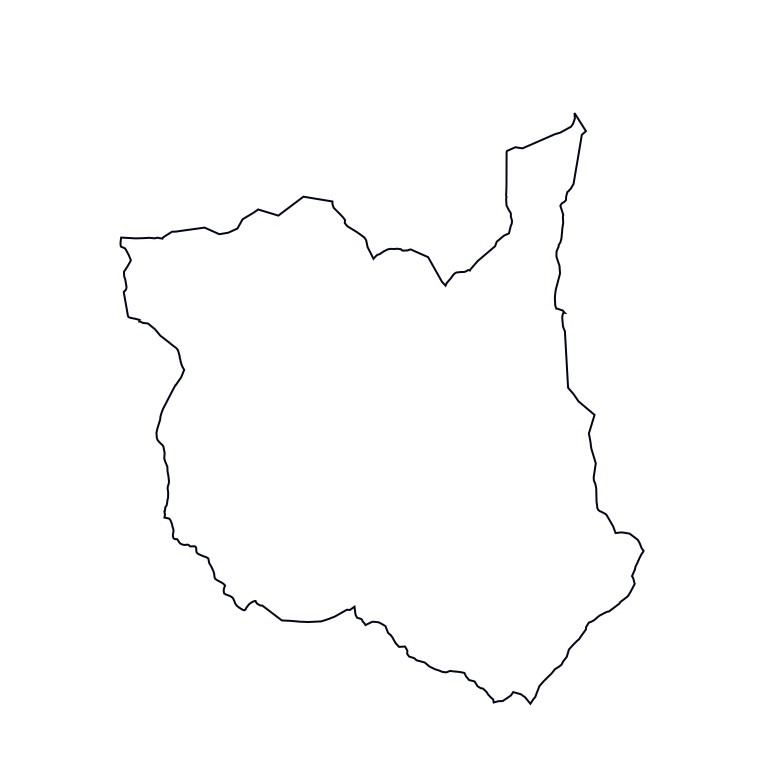 the district of Vatra Dornei, Suceava, Romania, rotated 99°
{"feature_id": "2599482B21734903931451", "entity_name": "Vatra Dornei", "entity_type": "district", "adm_level": 2, "iso_a3": "ROU", "parent_name": "Romania", "parent_adm1": "Suceava", "projection": "equal_earth", "projection_center": [25.347, 47.363], "detail": "fine", "context": "isolated", "style": "outline", "palette": "ink", "viewbox_px": 768, "rotation_deg": 99, "n_neighbors": 0, "source": "geoboundaries", "source_scale": "gbopen_adm2", "svg_char_len": 6138}
<svg xmlns="http://www.w3.org/2000/svg" viewBox="0 0 768 768"><g transform="rotate(99 384 384)"><path d="M556.3,571.2L558.4,570.4L559.0,570.0L560.8,569.2L562.0,568.9L564.4,568.9L566.1,568.9L567.2,568.7L568.5,568.2L569.3,567.7L569.8,566.7L569.9,565.9L569.7,565.3L569.7,564.0L570.2,563.4L572.7,561.2L573.5,560.0L574.1,558.1L574.2,556.2L574.0,554.9L573.5,553.4L573.4,552.6L573.7,551.5L574.5,550.4L574.7,549.8L574.5,548.8L574.1,546.7L574.0,545.8L574.0,545.0L574.4,544.5L575.7,543.7L577.3,543.5L578.3,543.2L579.4,542.8L580.3,542.0L580.9,540.9L581.5,538.8L582.3,535.7L582.9,532.5L583.4,531.0L583.8,530.3L585.1,529.7L587.7,528.9L589.4,527.7L591.4,526.0L593.0,524.9L595.8,523.1L597.9,522.1L600.4,521.4L601.9,520.9L602.7,520.3L603.7,518.6L604.5,516.3L606.0,512.1L607.2,510.3L607.9,509.4L610.0,509.9L611.9,510.1L613.6,509.9L615.8,509.2L616.6,507.4L617.2,504.2L618.1,501.3L619.2,499.6L621.6,498.0L624.2,496.5L626.3,494.4L627.9,491.2L629.3,487.7L629.3,486.6L628.5,485.6L626.2,484.8L622.6,482.8L620.7,480.9L619.6,479.6L618.6,477.8L618.4,476.9L619.5,476.3L620.8,475.0L622.1,471.6L621.9,469.5L633.5,447.9L632.5,438.6L631.9,429.6L630.9,421.4L628.3,408.9L624.8,402.0L621.4,396.2L612.8,385.4L612.5,382.3L608.6,378.3L616.1,376.1L617.5,375.2L619.1,374.0L619.6,369.9L620.3,368.8L621.8,368.0L623.4,365.9L625.0,364.6L620.7,358.4L620.4,356.6L620.2,352.1L621.2,349.0L622.9,344.7L629.1,341.1L631.2,337.8L633.3,335.7L634.5,334.9L638.1,332.0L641.3,328.0L640.0,322.2L643.7,319.2L646.9,318.9L649.3,316.5L650.0,311.4L651.8,308.6L652.7,300.2L655.9,295.0L657.8,288.8L658.4,284.6L659.2,281.5L659.1,277.4L657.1,274.0L656.9,269.1L656.7,266.6L656.6,263.1L656.8,259.4L660.1,257.1L663.1,253.6L663.6,248.0L667.9,244.3L669.3,240.9L669.3,238.7L671.0,236.1L672.7,234.0L674.5,232.5L677.1,229.1L678.4,226.9L681.4,225.8L679.4,221.4L678.6,217.2L671.8,209.9L668.1,208.2L669.0,200.4L671.3,195.7L676.9,189.4L671.9,187.1L669.4,185.6L664.8,184.7L658.0,183.2L653.2,180.2L648.5,176.8L643.6,173.1L639.0,170.6L635.7,166.8L633.5,164.8L629.9,163.6L624.9,160.8L617.3,159.8L615.4,158.6L611.3,155.9L607.9,153.4L605.5,151.4L602.6,150.1L595.9,146.7L594.9,146.2L592.7,146.4L589.1,145.0L587.6,144.3L586.3,142.0L584.6,139.7L579.2,135.1L574.2,128.3L573.4,126.1L564.0,117.1L562.4,116.5L555.6,110.0L551.4,108.2L542.2,105.1L536.4,107.7L535.0,109.0L528.2,107.2L525.0,107.0L521.0,105.7L518.9,105.3L517.6,104.7L516.9,104.7L512.2,103.2L509.5,101.9L508.2,101.5L505.8,103.9L501.5,106.4L498.3,108.8L493.4,117.9L493.3,122.6L493.4,126.1L494.4,129.9L495.0,132.0L488.9,135.3L478.3,143.9L477.3,146.1L476.1,149.7L476.0,150.5L475.1,152.4L473.5,153.7L472.2,154.2L470.8,154.5L469.4,154.9L467.7,155.5L464.6,156.1L454.1,158.0L449.7,159.6L446.5,161.6L443.4,162.3L429.3,162.4L415.6,169.0L412.6,170.0L409.9,170.7L403.8,172.8L400.9,173.9L381.6,171.2L370.7,189.2L364.8,194.7L358.9,201.6L303.5,213.6L301.0,215.2L299.2,216.2L295.6,217.1L293.7,217.6L290.2,218.4L287.6,218.4L285.4,217.9L285.4,216.7L285.1,217.1L283.5,218.8L282.4,225.2L282.6,225.6L279.8,227.1L272.3,228.7L268.2,229.0L264.2,229.1L247.3,227.4L239.7,229.2L233.1,232.7L230.9,233.7L226.0,234.3L220.8,233.0L219.5,233.2L216.3,231.9L212.4,231.5L202.0,232.2L199.7,232.2L196.8,232.2L190.8,233.5L188.9,233.4L180.4,237.7L177.8,236.7L175.9,234.4L174.1,233.1L173.3,233.1L170.5,233.4L167.2,233.1L165.6,232.9L164.6,231.8L163.4,231.2L162.0,230.1L156.7,228.1L131.8,227.8L107.0,227.6L102.6,224.1L100.5,226.0L86.6,238.2L92.0,237.0L97.4,238.0L100.6,239.5L108.2,249.3L110.6,254.4L129.6,284.1L129.6,291.3L134.7,299.1L136.4,299.1L169.3,294.0L179.2,292.8L179.6,292.4L180.6,292.2L181.4,292.4L184.2,291.9L188.5,290.9L192.2,288.3L195.3,285.6L196.6,285.2L198.9,284.9L201.6,283.6L203.1,283.0L204.5,283.0L205.6,282.9L208.6,283.6L215.7,284.1L218.7,288.7L225.8,294.9L230.5,295.8L247.9,310.7L257.4,316.6L258.5,316.9L258.3,318.7L259.5,320.2L260.2,321.1L260.9,322.6L261.1,324.2L261.5,326.1L262.2,328.6L262.6,330.0L263.8,331.5L265.0,332.4L269.4,334.7L274.4,337.8L277.2,338.6L274.0,342.7L251.8,360.3L246.9,378.7L247.6,380.4L248.4,381.5L248.6,383.1L249.2,385.3L249.3,386.9L248.2,388.5L248.3,390.0L248.3,391.7L248.6,393.3L248.8,394.0L249.1,395.0L249.4,398.1L250.3,401.1L253.0,405.0L253.7,405.6L255.2,407.4L256.2,408.2L256.9,409.5L257.4,410.7L259.1,412.1L259.7,412.5L260.9,413.3L262.0,414.0L257.7,417.0L251.4,421.6L244.8,424.1L242.3,426.4L238.4,434.1L233.9,444.9L231.2,447.9L228.1,448.2L227.3,449.0L226.0,450.3L224.3,452.4L217.8,461.3L214.5,463.0L211.8,463.5L211.6,492.9L234.2,514.7L231.3,535.6L235.1,539.5L243.4,549.4L253.4,553.1L254.3,554.5L259.0,561.6L261.8,570.1L257.6,585.7L265.4,611.4L266.0,613.1L266.7,617.1L272.1,623.3L273.7,625.0L275.1,625.6L275.0,627.3L275.1,627.8L274.9,630.5L276.0,633.3L276.3,638.5L277.7,645.1L279.0,651.9L280.5,666.5L282.3,666.5L286.2,666.3L288.7,665.7L289.5,665.2L289.9,663.5L290.5,661.2L292.0,659.7L293.0,659.0L296.8,656.1L300.7,653.8L301.3,653.4L302.7,653.7L307.6,655.6L311.6,657.3L313.8,658.4L316.2,657.9L318.7,657.3L321.1,656.0L324.2,654.9L328.1,653.6L329.4,653.4L331.3,653.7L332.3,654.3L333.7,655.4L335.2,655.0L351.4,649.4L356.2,647.8L357.9,646.8L358.3,644.9L358.5,640.0L358.9,635.4L360.6,635.5L360.5,634.5L360.9,633.1L361.4,631.6L361.2,628.5L361.2,627.5L361.3,626.3L363.5,622.6L365.7,618.8L371.4,612.3L373.5,608.3L378.9,598.8L381.0,594.8L382.8,592.8L388.6,590.1L389.0,590.2L390.9,589.5L392.0,588.9L392.9,588.6L393.7,588.4L394.3,588.0L395.2,587.6L396.4,587.1L397.5,586.4L398.2,586.0L398.9,585.5L401.1,583.7L401.4,583.6L408.9,585.3L417.9,589.6L417.9,589.9L426.4,592.8L430.6,594.2L434.9,595.6L443.3,598.4L448.5,599.4L451.4,599.7L454.1,599.5L464.0,600.9L468.1,601.1L469.9,600.6L473.1,599.8L474.9,598.7L476.4,597.0L478.0,594.8L478.9,593.3L480.3,592.1L486.3,589.9L489.6,589.6L491.4,589.5L492.8,589.0L495.4,587.7L497.0,586.6L499.7,585.0L501.4,584.7L504.2,584.1L508.5,582.6L513.4,581.2L515.4,581.0L518.0,581.3L519.6,581.5L521.0,581.4L522.9,580.8L525.0,580.2L529.9,579.5L532.5,579.7L535.4,579.6L537.9,579.7L539.2,580.4L540.2,580.7L542.2,580.6L543.7,580.6L543.8,580.9L544.3,581.0L544.6,580.9L545.7,580.5L546.4,580.0L547.9,579.9L549.3,579.9L550.3,580.0L550.5,575.3L550.7,575.1L551.3,574.2L552.4,573.3L553.7,572.5L556.3,571.2Z" fill="none" stroke="#020617" stroke-width="2"/></g></svg>